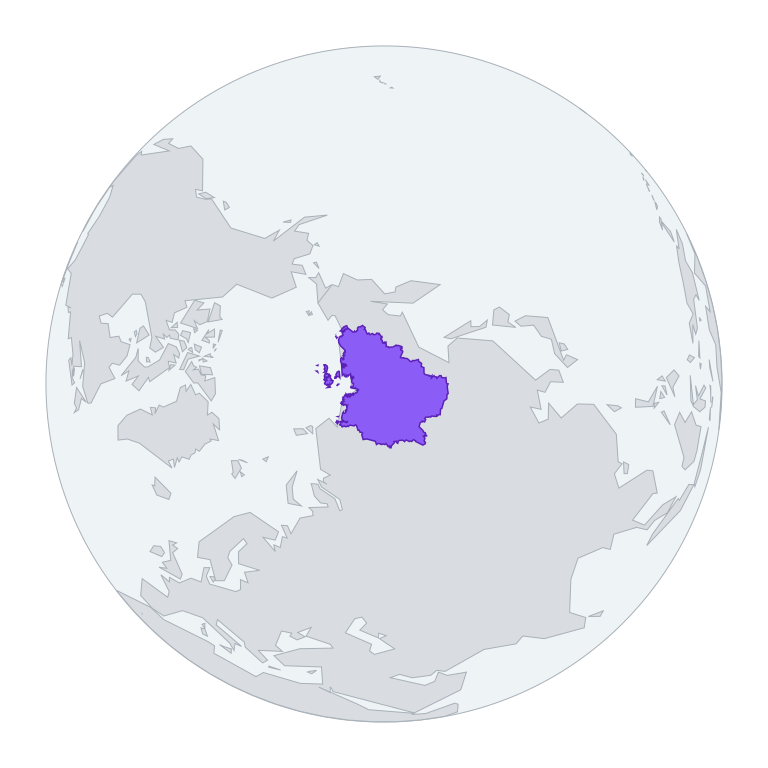 globe centered on Sakha (Yakutia), rotated 261°
{"feature_id": "RUS-2612", "entity_name": "Sakha (Yakutia)", "entity_type": "Autonomous Province", "adm_level": 1, "iso_a3": "RUS", "parent_name": "Russia", "parent_adm1": "", "projection": "orthographic", "projection_center": [131.922, 66.295], "detail": "fine", "context": "on_globe", "style": "filled", "palette": "violet", "viewbox_px": 768, "rotation_deg": 261, "n_neighbors": 0, "source": "natural_earth", "source_scale": "10m", "svg_char_len": 18353}
<svg xmlns="http://www.w3.org/2000/svg" viewBox="0 0 768 768"><g transform="rotate(261 384 384)"><circle cx="384" cy="384" r="338" fill="#eef3f6" stroke="#a8b0b8"/><path d="M625.3,620.6L625.6,620.2L625.5,620.4L625.3,620.6ZM626.4,148.6L648.2,174.6L651.6,181.0L648.1,180.0L647.8,208.4L656.6,194.2L660.1,204.4L659.3,213.7L655.3,208.9L648.8,217.9L649.3,230.5L634.4,240.3L603.2,235.0L605.7,228.2L597.9,228.1L594.3,236.8L593.8,242.6L562.0,257.2L546.4,289.0L552.4,304.8L542.5,297.1L561.2,331.6L559.7,354.5L554.7,325.1L549.0,319.6L544.6,333.1L537.9,330.4L531.9,335.5L524.2,331.2L521.8,314.9L516.8,312.0L514.0,321.8L504.5,324.0L509.4,309.9L493.3,312.5L486.4,286.7L505.6,254.2L495.2,238.1L497.4,200.5L490.6,201.3L487.1,188.2L478.0,184.3L481.0,178.8L471.1,180.5L470.0,186.3L465.3,189.1L459.8,187.5L462.7,180.1L465.9,179.8L463.9,176.8L467.7,173.9L462.7,174.4L466.9,165.9L454.7,171.9L451.2,163.2L456.2,158.3L466.2,162.0L502.5,161.1L510.7,158.0L512.1,149.5L492.5,126.3L497.1,121.8L495.7,113.4L488.3,114.1L486.8,121.0L472.8,120.7L472.7,129.6L466.9,131.0L462.6,139.3L451.9,134.6L444.0,125.8L447.0,118.9L443.6,115.0L431.5,119.1L428.4,104.3L411.0,91.7L411.4,88.5L428.8,86.0L452.0,91.7L474.4,90.1L448.4,87.9L450.0,80.6L445.4,78.2L438.7,77.0L433.6,78.6L431.8,75.7L456.8,76.3L458.9,78.9L450.9,78.6L461.8,81.4L478.7,82.5L478.1,79.2L504.2,85.7L504.1,83.5L509.8,84.0L508.1,86.9L511.6,82.0L542.1,92.4L547.4,89.5L554.6,98.3L564.7,105.9L577.7,115.4L578.9,114.9L594.3,129.2L611.5,142.3L622.5,147.5L621.0,143.5L603.4,127.1L595.9,121.3L581.7,110.4L589.7,115.9L608.7,131.6L626.4,148.6ZM688.7,428.5L685.9,425.6L689.0,422.6L688.7,428.5ZM683.1,427.1L684.3,427.4L683.1,427.8L683.1,427.1ZM681.5,429.6L682.7,427.8L681.6,430.3L681.5,429.6ZM679.7,433.4L680.6,431.2L680.6,431.6L679.7,433.4ZM540.2,84.3L544.1,86.5L557.1,94.2L572.2,103.7L551.2,90.8L532.2,80.3L540.2,84.3ZM676.0,438.1L674.9,439.1L675.5,436.6L676.0,438.1ZM533.9,83.0L538.9,85.8L533.7,83.0L533.9,83.0ZM594.6,245.7L594.9,237.3L600.7,230.7L601.3,237.9L594.6,245.7ZM582.6,258.9L580.8,253.9L589.7,253.9L588.0,256.7L582.6,258.9ZM558.2,317.0L559.7,309.6L560.6,317.8L558.2,317.0ZM532.4,337.0L534.1,340.1L530.3,341.5L532.4,337.0ZM468.7,141.3L465.7,140.3L468.1,139.2L468.7,141.3ZM469.6,145.9L474.5,145.5L475.7,147.7L472.6,147.9L469.6,145.9ZM515.0,336.3L508.3,337.9L514.7,333.4L515.0,336.3ZM463.3,146.1L477.1,151.6L479.0,155.5L469.1,159.7L463.3,146.1ZM504.1,336.9L487.9,341.3L490.3,348.3L474.3,331.4L493.4,333.0L500.9,326.3L499.8,333.2L504.1,336.9ZM472.1,188.9L472.9,182.6L477.3,189.4L472.1,188.9ZM476.1,192.6L496.3,210.1L492.3,218.8L486.3,211.0L485.3,223.8L473.4,219.3L471.3,211.3L476.2,206.5L467.9,208.5L476.1,192.6ZM468.0,321.6L463.7,320.4L467.7,318.5L468.0,321.6ZM463.8,190.7L468.2,193.4L465.1,201.0L455.6,197.1L459.7,195.9L463.8,190.7ZM490.8,229.4L486.8,234.6L476.1,232.4L473.1,234.2L472.8,220.0L490.8,229.4ZM457.6,193.3L450.9,195.0L447.4,190.0L459.3,188.7L457.6,193.3ZM468.3,204.7L466.3,208.2L464.3,205.0L468.3,204.7ZM431.1,173.7L436.5,176.4L435.3,180.6L431.1,173.7ZM448.7,196.0L449.9,197.7L450.1,199.8L445.0,199.9L448.7,196.0ZM465.2,219.5L461.6,217.6L464.8,225.2L456.9,224.0L458.1,214.9L454.3,218.3L451.8,218.0L455.6,211.0L465.2,219.5ZM440.4,206.1L439.2,194.5L429.5,188.4L430.3,184.4L445.8,195.0L440.4,206.1ZM449.0,209.5L443.8,206.5L447.4,203.0L453.1,202.9L449.0,209.5ZM451.1,226.6L462.9,230.7L462.2,232.6L451.1,226.6ZM436.8,205.0L437.2,207.9L435.7,205.0L436.8,205.0ZM445.9,220.7L450.2,221.8L449.3,223.9L445.9,220.7ZM434.4,212.8L434.0,208.9L437.9,208.7L434.4,212.8ZM439.1,216.9L436.9,219.6L439.5,210.9L441.1,217.1L439.1,216.9ZM444.4,222.5L445.3,224.1L442.7,221.7L444.4,222.5ZM419.9,216.1L422.3,205.2L430.8,204.6L427.3,215.2L419.9,216.1ZM219.1,89.0L222.0,87.5L200.0,118.5L185.6,129.8L157.2,169.7L151.9,175.7L144.7,173.8L115.0,211.8L117.9,219.8L101.4,254.5L97.2,276.5L114.3,278.0L121.3,241.7L132.9,232.8L135.7,259.5L131.1,292.4L135.4,290.1L147.1,267.6L155.0,274.0L152.1,259.9L146.7,266.5L144.8,258.1L149.7,251.6L152.3,254.0L156.1,244.1L142.8,236.0L135.8,241.8L140.6,218.2L129.4,225.8L127.5,220.5L145.8,205.8L150.8,205.7L177.3,182.7L172.4,180.6L147.1,202.3L151.0,196.2L144.3,194.2L152.5,190.9L181.5,168.4L191.7,149.5L189.3,130.3L198.5,120.2L213.2,110.6L229.6,114.7L207.2,137.0L212.7,139.4L230.5,133.8L222.1,141.2L226.6,141.8L219.5,150.7L222.4,163.0L217.1,172.4L230.8,177.5L229.9,183.2L222.0,178.4L213.7,180.5L202.1,205.3L203.5,210.2L213.3,211.6L208.9,218.6L219.9,216.8L219.4,232.1L229.3,212.3L241.1,214.1L247.7,223.7L253.3,221.0L242.7,205.4L236.9,202.5L229.0,205.6L214.7,195.5L216.0,187.0L237.7,184.7L242.0,172.7L257.1,176.7L276.5,215.2L278.1,231.7L254.5,256.7L246.8,252.1L251.5,240.6L235.6,250.4L242.4,250.0L238.8,256.0L249.1,259.8L247.0,264.3L260.6,260.6L259.1,266.5L250.6,268.7L264.7,280.1L265.1,293.2L269.3,293.7L273.7,290.5L271.3,309.6L274.5,309.2L276.5,302.7L284.3,297.7L297.0,296.5L295.4,303.1L290.6,304.4L278.3,317.6L265.7,320.5L266.4,323.2L276.9,322.3L292.0,306.2L300.1,303.6L294.0,312.0L296.8,308.7L300.4,309.5L302.4,316.7L309.6,308.0L350.7,309.7L358.8,324.3L348.7,331.2L375.8,340.9L382.8,357.5L384.6,351.4L398.8,352.5L396.8,347.2L398.8,344.4L434.4,346.0L441.6,351.8L459.0,346.4L460.0,343.4L455.7,338.7L474.3,331.4L490.3,348.3L487.3,354.3L499.4,361.2L490.9,374.0L489.3,388.1L472.9,398.8L473.2,409.4L477.9,410.9L481.8,426.9L473.4,455.0L459.3,425.3L467.8,383.7L462.5,399.8L457.5,394.2L451.8,399.0L448.6,410.8L452.1,413.3L415.0,424.1L394.9,451.5L411.4,453.1L418.0,463.5L409.6,498.2L364.1,534.3L372.4,550.2L370.3,558.8L357.6,561.4L360.2,548.9L350.6,541.7L354.0,534.5L334.4,535.2L338.4,524.9L321.2,530.9L323.6,540.7L339.4,543.6L322.7,553.7L334.0,571.9L331.1,588.0L298.0,605.6L270.5,603.1L268.0,606.7L259.3,597.5L244.4,599.7L257.8,630.3L256.2,636.0L233.5,636.8L233.7,632.5L210.7,608.2L203.8,619.2L221.1,640.4L227.0,654.8L212.5,643.7L206.9,629.9L198.8,621.0L202.9,610.9L199.7,587.6L185.2,581.6L188.2,574.4L181.6,548.4L161.9,538.0L129.3,531.6L121.8,546.7L111.9,543.6L107.4,502.5L113.4,481.7L106.7,473.7L106.2,441.3L90.6,399.4L93.0,391.3L89.0,384.8L89.4,366.1L94.8,353.9L92.9,344.4L79.9,377.2L82.4,387.6L90.9,392.7L86.3,400.9L86.5,420.3L70.0,412.0L54.4,362.5L60.5,348.6L88.2,285.5L91.6,284.7L92.1,284.3L92.9,283.4L87.6,282.8L94.9,272.1L71.9,307.8L64.7,317.9L54.0,362.2L53.2,360.6L52.0,373.7L57.7,404.0L56.1,407.1L48.7,405.3L46.2,392.0L46.5,367.6L48.5,343.3L52.4,319.1L57.9,295.3L65.2,272.0L74.1,249.2L84.7,227.2L96.8,206.0L110.4,185.7L125.4,166.4L141.8,148.3L159.5,131.4L178.3,115.9L198.2,101.7L219.1,89.0ZM196.1,109.0L194.0,109.2L196.1,109.0ZM118.4,332.2L120.7,353.1L133.2,339.7L135.1,346.8L138.7,339.8L134.1,338.7L144.7,321.6L150.6,329.5L157.2,325.7L156.8,318.5L144.3,306.9L128.9,331.0L122.6,328.0L118.4,332.2ZM539.2,84.6L535.4,82.6L537.3,83.3L539.2,84.6ZM530.1,81.0L531.8,81.8L533.2,82.9L530.1,81.0ZM448.5,80.6L446.4,80.4L440.1,78.6L444.0,78.4L448.5,80.6ZM406.3,78.3L404.2,73.6L408.4,76.6L413.4,75.1L428.6,79.8L412.4,87.2L417.1,82.9L406.3,78.3ZM444.3,88.7L436.5,84.5L445.6,88.9L444.3,88.7ZM258.5,138.0L251.8,140.9L248.3,137.5L255.1,126.7L260.3,131.3L258.5,138.0ZM243.2,145.8L262.9,147.1L259.5,154.3L258.0,150.0L253.8,154.5L250.4,148.9L227.8,154.9L223.2,152.4L238.3,133.1L235.9,140.6L242.6,137.2L243.2,145.8ZM319.3,141.6L327.8,143.3L309.4,156.5L303.6,153.5L309.9,142.2L320.6,139.2L319.3,141.6ZM443.1,152.9L447.6,153.5L446.8,155.4L442.3,156.5L443.1,152.9ZM433.7,174.6L422.9,153.0L427.4,152.4L415.6,141.0L423.0,135.1L430.4,142.6L427.2,129.7L436.9,134.1L433.4,125.7L449.1,143.0L457.6,146.8L445.3,144.8L438.3,150.0L437.8,153.4L442.8,166.1L457.7,177.3L453.2,184.6L446.0,186.9L441.7,185.3L446.0,180.9L437.2,182.0L440.2,174.5L433.7,174.6ZM364.4,214.4L371.2,209.1L354.0,211.8L356.9,203.5L354.7,204.4L352.7,197.7L346.4,191.1L349.3,187.7L345.6,186.6L344.1,182.3L340.1,179.8L343.7,173.0L339.0,169.4L343.5,168.3L334.4,164.0L342.8,164.2L341.7,158.9L334.1,161.5L363.8,133.2L369.8,121.9L370.2,112.5L384.5,114.7L393.3,125.1L397.4,139.5L389.7,150.3L397.5,149.6L396.1,154.7L390.5,153.1L398.4,158.6L395.7,162.4L399.4,176.4L412.4,182.3L414.1,187.8L407.7,187.4L413.8,193.1L402.8,196.2L403.8,200.2L393.9,207.5L381.0,204.8L383.0,209.6L375.6,215.6L364.4,214.4ZM416.8,217.9L400.7,216.0L394.3,210.7L414.2,200.3L414.8,196.2L427.4,189.7L436.3,197.6L431.9,198.7L429.7,201.6L427.8,198.0L427.7,203.1L421.6,204.8L419.9,209.3L415.1,207.4L416.8,217.9ZM152.3,180.8L149.4,185.2L146.2,191.9L142.0,190.9L152.3,180.8ZM171.8,165.1L170.1,168.7L162.5,170.2L165.5,165.8L171.8,165.1ZM175.7,169.7L170.6,168.8L175.1,166.7L175.7,169.7ZM221.1,182.0L220.1,186.1L217.4,186.6L215.0,184.3L221.1,182.0ZM314.0,222.1L318.9,219.5L320.2,221.2L332.2,221.3L331.1,227.7L323.3,230.0L314.0,222.1ZM111.7,272.6L109.1,267.3L111.5,263.4L111.9,266.0L111.7,272.6ZM123.4,226.2L117.6,237.2L122.3,225.8L123.4,226.2ZM314.7,229.0L319.8,228.3L316.1,231.9L314.7,229.0ZM330.8,232.3L327.5,236.8L332.3,228.5L330.8,232.3ZM309.3,703.9L319.7,706.5L319.4,706.8L309.3,703.9ZM298.4,699.8L310.0,702.8L296.6,700.2L298.4,699.8ZM314.6,703.9L326.5,705.5L331.6,705.7L330.8,706.4L314.6,703.9ZM290.6,697.7L249.7,683.2L234.0,675.0L237.3,674.9L262.8,686.0L290.6,697.7ZM236.1,674.3L212.6,656.9L183.3,618.2L193.7,625.7L224.9,656.7L222.9,657.6L237.1,669.4L236.1,674.3ZM294.5,685.8L292.4,690.5L269.4,682.7L259.2,678.1L252.1,667.9L256.1,665.4L264.3,668.8L298.4,664.6L309.8,671.6L298.9,675.3L308.4,683.4L294.5,685.8ZM122.4,549.5L125.7,565.1L120.7,561.1L122.4,549.5ZM313.6,656.4L298.9,660.3L312.8,653.5L313.6,656.4ZM322.7,648.1L322.9,652.5L317.9,647.1L322.7,648.1ZM266.2,613.1L257.4,610.4L257.9,607.1L269.6,608.4L266.2,613.1ZM328.7,601.1L325.9,611.6L323.3,614.7L320.6,607.3L328.7,601.1ZM311.9,284.6L296.4,277.1L284.5,276.4L276.5,283.3L281.1,270.6L299.5,271.6L311.9,284.6ZM346.0,305.8L352.9,300.1L354.4,304.9L353.1,306.9L346.0,305.8ZM347.0,300.7L347.0,289.4L353.8,287.8L352.5,297.0L347.0,300.7ZM330.2,258.3L325.7,255.5L328.8,252.6L330.2,258.3ZM286.8,707.6L286.5,707.6L322.9,715.7L348.4,715.5L370.9,717.8L386.5,713.8L410.4,713.8L404.4,717.4L430.4,717.0L445.0,708.0L463.8,711.5L484.7,706.6L485.0,706.5L460.7,713.1L436.0,717.9L411.1,720.8L386.0,721.9L360.8,721.1L335.8,718.5L311.1,714.0L286.8,707.6ZM553.4,676.4L552.7,676.8L554.9,675.5L553.4,676.4ZM621.6,624.3L619.5,626.3L625.6,620.2L625.3,620.6L621.6,624.3ZM571.8,664.1L574.1,662.8L572.5,663.9L571.8,664.1ZM570.0,665.1L572.1,663.3L572.2,663.8L570.0,665.1ZM548.8,673.3L551.1,671.7L552.3,671.4L548.8,673.3ZM335.1,709.3L349.2,708.3L357.3,709.0L335.1,709.3ZM545.0,674.1L539.0,676.8L539.5,676.0L545.0,674.1ZM545.2,672.7L544.4,672.3L548.5,672.2L545.2,672.7ZM533.2,676.1L540.9,674.3L532.4,676.6L533.2,676.1ZM528.9,678.1L523.5,679.4L523.8,679.0L528.9,678.1ZM471.1,696.6L490.9,696.9L475.6,700.7L458.3,701.1L445.9,706.0L417.2,708.4L423.4,706.1L419.2,703.1L390.2,702.3L384.4,699.7L394.5,698.3L375.7,695.5L396.2,695.0L404.8,700.3L416.5,695.9L437.3,695.4L457.9,694.3L475.1,694.5L471.1,696.6ZM396.8,705.9L400.4,705.9L397.4,707.2L396.8,705.9ZM513.3,680.7L521.1,680.1L520.2,680.9L516.5,681.9L513.3,680.7ZM478.9,692.9L497.1,684.6L501.5,683.4L489.6,690.9L478.9,692.9ZM492.4,683.2L501.1,681.4L505.9,682.2L504.2,683.3L492.4,683.2ZM355.1,699.2L354.3,700.5L349.1,698.8L355.1,699.2ZM361.7,699.1L377.6,701.8L360.3,700.1L361.7,699.1ZM315.3,686.4L319.6,691.0L333.6,691.4L323.0,692.7L332.8,699.9L329.7,701.2L319.9,693.7L317.0,698.9L310.9,697.4L307.2,691.6L313.2,686.2L319.3,684.5L344.7,687.8L315.3,686.4ZM361.5,694.8L357.4,690.0L360.5,687.3L364.9,690.2L361.5,694.8ZM345.8,676.7L335.6,668.8L325.8,669.3L346.2,663.9L352.5,672.6L345.8,676.7ZM338.1,661.3L328.8,661.8L338.8,658.2L338.1,661.3ZM326.8,659.1L326.4,654.1L333.3,656.3L326.8,659.1ZM342.8,662.3L345.5,654.5L348.5,659.9L342.8,662.3ZM325.0,642.3L339.0,653.7L319.8,646.1L321.7,628.7L330.1,630.2L325.0,642.3ZM389.4,570.9L388.9,564.2L397.3,563.5L395.3,568.3L389.4,570.9ZM424.0,556.2L399.3,561.2L379.4,565.1L384.4,568.8L377.8,579.0L371.6,567.8L387.3,557.3L402.0,556.3L406.5,546.9L418.7,541.0L419.6,528.4L425.6,523.2L429.3,534.4L424.0,556.2ZM419.3,523.1L425.3,500.4L440.0,504.1L442.0,509.9L433.0,518.6L425.8,516.1L419.3,523.1ZM431.0,496.1L424.1,493.5L418.2,457.3L420.7,450.7L432.9,479.6L427.0,478.9L425.8,487.3L431.0,496.1ZM463.8,324.1L463.7,320.7L466.6,323.6L463.8,324.1ZM397.4,341.5L400.5,338.2L403.8,341.5L397.4,341.5ZM411.1,330.8L405.2,329.4L412.0,328.1L411.1,330.8ZM392.0,327.0L403.2,327.6L391.6,331.0L392.0,327.0Z" fill="#d9dde1" stroke="#a8b0b8" stroke-width="1"/><path d="M350.9,334.0L352.3,335.4L353.3,335.2L353.5,334.0L353.8,334.7L353.8,336.5L353.0,337.2L353.4,338.0L353.0,339.3L351.8,340.7L351.8,341.3L352.0,341.7L353.1,342.4L351.9,340.7L352.8,340.1L353.3,338.5L354.3,338.2L353.6,337.1L357.1,336.8L361.8,338.7L362.5,339.4L361.6,339.3L361.2,340.7L363.1,342.7L368.1,344.4L367.4,343.6L369.2,343.6L369.5,342.5L370.0,342.4L369.4,341.1L369.8,341.0L369.6,340.3L370.2,339.4L370.9,340.0L370.8,339.2L372.8,339.8L372.8,340.7L373.5,340.9L373.3,341.6L374.6,340.9L374.7,341.4L374.3,341.9L374.7,341.7L374.9,342.8L375.0,341.9L375.6,341.7L375.5,341.1L377.4,341.6L377.3,342.3L379.0,343.4L378.6,344.0L379.8,344.6L377.7,344.9L377.4,345.6L379.5,346.2L379.2,346.5L378.0,346.0L376.9,346.3L378.1,347.4L379.3,347.6L379.8,349.0L378.6,349.9L376.4,347.6L376.7,348.2L376.5,348.3L377.4,349.0L378.5,351.8L379.0,351.4L378.8,350.2L379.6,352.0L378.2,352.3L379.0,352.9L379.9,355.3L379.6,355.7L381.5,357.0L381.8,356.4L382.3,357.8L383.3,356.9L383.9,355.1L384.5,355.0L384.0,354.7L385.5,350.7L386.1,350.6L386.6,351.0L385.5,351.5L386.3,352.9L389.3,354.0L389.2,354.4L389.2,354.6L389.4,354.0L389.2,353.7L389.4,353.3L390.9,352.4L393.1,352.9L394.9,354.1L394.6,354.5L395.2,355.1L395.7,354.9L395.0,354.4L396.1,353.8L395.1,353.5L395.5,352.3L399.2,352.5L398.4,351.4L398.4,350.3L397.5,349.9L398.9,348.2L396.9,348.3L397.5,346.7L400.1,345.8L399.0,344.1L410.4,345.2L407.0,345.4L406.5,346.8L405.7,346.7L406.4,347.1L407.4,346.4L410.6,345.4L409.5,348.4L409.3,347.4L409.8,346.7L409.2,347.1L408.9,346.3L408.4,346.3L409.2,348.0L407.6,348.1L408.2,348.7L407.7,349.3L407.8,349.8L409.8,348.7L411.0,345.2L413.1,344.7L415.7,345.2L416.7,346.2L414.7,347.3L415.1,347.5L414.9,348.1L418.5,348.2L417.9,350.1L418.6,348.8L418.7,349.4L420.2,348.6L422.0,350.0L421.2,350.5L423.2,351.0L428.5,347.0L432.2,345.8L434.9,346.0L437.8,348.0L437.5,349.3L438.0,349.3L438.1,350.5L438.6,351.2L441.0,350.8L442.5,353.6L443.7,353.8L444.1,356.1L443.7,356.7L444.3,356.3L444.1,353.9L442.6,351.7L443.3,349.2L444.2,350.6L445.6,351.4L445.7,352.6L446.6,353.0L446.3,353.6L447.1,354.5L447.4,356.3L445.2,356.8L440.0,361.6L440.1,362.8L440.9,363.2L440.0,363.9L440.1,364.9L440.8,365.3L441.1,366.2L443.4,366.6L444.4,367.7L444.1,370.1L444.7,370.5L444.7,371.2L445.2,371.9L442.7,374.2L441.0,373.1L440.7,374.1L436.1,375.1L436.0,376.0L436.6,376.5L436.6,377.2L434.9,377.9L435.7,380.5L434.2,381.8L434.3,383.6L435.4,384.8L434.7,387.1L434.0,386.5L432.9,388.1L431.0,388.5L431.2,389.4L430.1,389.4L429.4,388.0L428.6,387.8L427.4,389.1L424.9,388.9L424.4,389.8L425.3,390.7L425.0,392.6L424.0,392.3L423.8,391.5L423.1,392.4L420.7,392.0L420.4,393.7L419.1,394.7L419.5,395.6L419.1,398.5L420.5,402.1L419.6,402.7L420.0,403.9L418.1,407.5L417.3,407.5L417.0,406.2L416.4,407.0L416.1,406.2L414.9,405.8L414.5,407.2L413.0,407.6L407.8,404.3L406.9,405.5L407.0,407.5L406.3,408.0L405.4,411.1L402.1,413.6L401.9,414.9L402.8,416.1L402.3,417.2L402.8,421.8L400.9,421.8L398.5,424.3L395.5,423.5L393.9,426.0L388.5,425.2L386.8,426.3L385.5,429.9L384.6,429.9L384.8,431.3L384.3,432.1L384.6,432.5L382.6,431.8L384.4,434.7L383.3,435.3L382.7,437.1L381.4,437.2L383.6,440.2L383.3,441.7L381.4,442.0L380.5,444.9L380.7,446.2L375.9,445.8L374.4,446.2L374.1,447.3L371.7,446.0L364.5,445.9L363.8,444.6L359.5,443.7L357.8,440.5L350.8,437.3L350.4,435.9L344.9,434.7L345.2,433.8L344.6,432.1L345.0,431.3L344.0,431.5L343.8,430.2L344.9,426.0L344.0,425.0L344.5,423.9L344.3,422.3L344.8,420.4L343.7,418.9L342.3,419.6L340.2,418.2L340.9,417.1L340.6,416.3L341.4,416.0L339.8,413.5L336.2,412.0L332.1,415.1L330.2,415.7L329.3,417.2L326.4,417.5L325.9,418.6L326.2,417.1L327.0,416.2L326.0,416.0L326.3,414.8L324.0,415.9L321.4,414.7L319.8,415.8L318.5,415.3L317.6,412.8L322.3,406.2L323.0,406.3L324.4,404.4L322.9,402.4L323.5,401.3L323.2,400.0L325.3,397.2L323.9,395.2L325.5,393.9L325.9,390.7L325.5,389.3L323.3,388.3L324.2,387.2L325.5,387.4L325.6,384.8L324.2,384.9L321.9,381.8L319.9,381.0L320.1,380.0L320.5,380.2L321.2,379.0L321.7,379.5L321.6,378.3L324.9,376.7L324.1,375.3L325.0,373.5L324.6,372.1L325.0,371.1L325.7,370.8L326.2,368.9L325.4,367.1L328.8,366.5L332.4,358.4L332.4,354.7L337.4,354.1L338.9,355.2L340.0,354.0L340.0,352.8L342.2,352.3L342.3,351.1L347.0,350.4L348.2,349.5L347.3,348.0L348.7,343.9L347.6,342.0L348.2,341.5L347.7,339.5L348.7,338.2L348.2,335.9L350.0,335.4L350.1,334.3L350.9,334.0ZM403.6,327.6L402.8,328.4L402.9,329.0L403.4,329.2L402.3,330.9L400.5,330.6L399.7,329.3L400.0,327.3L399.1,327.4L398.7,328.0L399.8,330.3L401.9,331.5L400.3,332.5L399.1,331.7L396.5,333.0L395.8,332.2L395.2,334.2L393.2,333.3L391.4,330.5L392.2,330.3L391.7,330.1L391.9,329.0L391.5,328.3L392.4,328.1L391.9,327.0L393.2,326.2L393.3,325.5L394.0,325.1L393.8,325.2L396.4,327.4L396.5,328.3L397.3,328.1L396.9,327.6L396.9,325.8L397.8,325.9L397.2,325.0L399.2,326.5L401.2,326.3L403.6,327.6ZM408.8,328.3L412.3,327.7L412.2,329.2L410.4,330.6L408.8,330.8L405.0,329.1L405.1,326.9L405.9,328.1L408.1,327.2L408.8,328.3ZM403.1,339.6L403.7,341.4L403.1,341.8L397.2,341.3L398.3,340.7L399.0,338.3L400.5,337.9L403.1,339.6ZM355.2,331.8L353.6,333.5L352.1,331.6L352.9,331.5L353.5,330.6L355.2,331.8ZM398.7,336.7L398.8,337.6L398.0,338.2L397.3,337.4L397.4,336.3L398.7,336.7ZM390.2,329.1L390.0,330.2L389.3,330.5L389.4,327.6L390.2,329.1ZM377.7,345.5L378.9,344.8L379.6,345.6L379.3,345.8L377.7,345.5ZM442.8,352.5L444.0,353.9L443.9,354.3L443.7,353.6L442.9,353.5L441.8,351.6L442.1,350.9L442.8,352.5ZM391.1,338.7L390.9,339.2L389.5,337.0L390.6,337.9L391.1,338.7ZM395.2,352.5L394.8,353.3L393.5,352.9L393.9,352.5L395.2,352.5ZM407.3,319.3L407.2,320.2L406.2,320.4L407.3,319.3ZM378.3,346.3L378.8,346.8L377.3,346.5L378.3,346.3ZM364.2,342.1L363.2,342.3L363.1,341.7L363.8,341.6L364.2,342.1ZM442.0,350.3L442.8,351.1L442.4,351.6L442.0,350.3ZM437.2,344.3L437.2,345.0L436.7,344.5L437.2,344.3ZM412.8,321.0L412.9,321.7L412.5,321.5L412.8,321.0ZM371.7,338.3L372.1,338.6L371.5,338.6L371.7,338.3ZM442.3,350.1L442.9,350.4L442.4,350.2L442.3,350.1ZM376.4,341.2L376.9,341.1L377.5,341.5L377.1,341.4L376.4,341.2ZM359.0,333.3L359.0,333.8L358.8,333.6L359.0,333.3ZM438.8,344.0L439.3,344.3L438.8,344.2L438.8,344.0ZM440.7,344.2L440.9,344.1L440.5,344.3L440.7,344.2Z" fill="#8b5cf6" stroke="#5b21b6" stroke-width="1.5"/></g></svg>